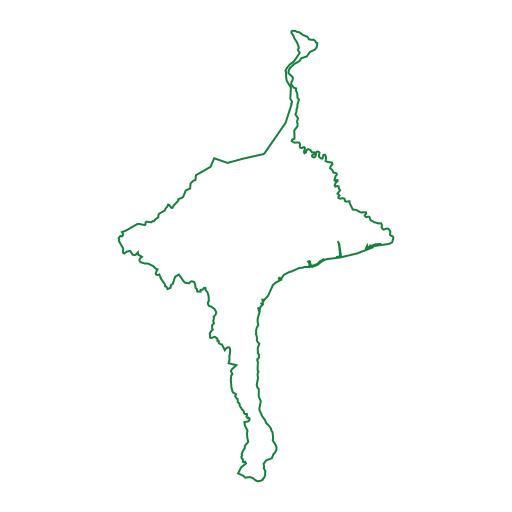 outline of Barú, Chiriquí, Panama
{"feature_id": "35544464B97118695767804", "entity_name": "Barú", "entity_type": "district", "adm_level": 2, "iso_a3": "PAN", "parent_name": "Panama", "parent_adm1": "Chiriquí", "projection": "albers", "projection_center": [-82.857, 8.312], "detail": "fine", "context": "isolated", "style": "outline", "palette": "green", "viewbox_px": 512, "rotation_deg": 0, "n_neighbors": 0, "source": "geoboundaries", "source_scale": "gbopen_adm2", "svg_char_len": 6076}
<svg xmlns="http://www.w3.org/2000/svg" viewBox="0 0 512 512"><path d="M292.4,30.7L291.5,31.4L291.5,33.1L293.5,35.9L294.3,38.1L297.2,42.8L298.9,47.9L297.9,49.9L299.7,52.9L293.9,61.5L289.9,64.4L287.0,67.8L285.4,70.7L286.0,71.7L286.2,77.7L286.8,80.9L290.9,87.6L290.3,98.8L292.1,101.7L291.2,103.7L291.6,104.1L285.6,122.8L264.5,153.3L263.5,154.1L243.0,158.7L227.6,162.9L214.2,158.3L210.6,166.8L196.0,175.2L195.4,180.1L193.5,180.6L190.6,183.4L190.1,188.5L185.7,190.5L183.2,196.8L181.6,198.0L178.3,199.1L178.3,200.6L173.5,205.8L172.4,207.9L171.3,207.8L169.2,204.9L168.1,204.6L167.4,206.6L165.6,208.5L164.7,210.5L159.2,213.7L158.4,215.2L158.3,217.4L155.4,219.3L154.0,221.2L152.6,221.1L151.3,222.3L146.4,221.6L145.5,222.6L145.4,224.6L144.8,225.1L139.0,223.9L137.2,224.1L126.0,230.6L121.9,232.1L122.9,233.7L122.8,235.5L121.9,236.4L120.4,235.9L118.6,238.1L119.2,239.5L118.9,241.0L123.2,248.5L123.0,252.3L123.4,253.1L124.1,253.5L127.0,251.5L130.2,251.0L132.6,254.6L134.5,255.2L135.8,254.7L137.9,252.4L138.1,254.6L141.9,256.8L140.1,258.3L139.5,259.7L139.6,260.9L140.4,262.1L145.1,263.6L146.8,263.4L148.8,263.9L153.3,266.2L155.8,268.6L157.5,269.3L155.8,272.8L156.1,274.5L157.2,275.1L159.3,274.5L161.2,279.1L164.8,284.1L165.1,286.3L166.4,286.7L167.5,289.0L170.6,287.8L170.9,285.3L172.9,283.8L175.0,276.9L178.9,274.5L183.6,281.3L185.3,282.8L189.1,283.3L190.3,281.8L191.7,281.3L194.2,281.9L195.4,285.5L195.4,287.8L196.9,289.2L197.3,291.6L200.6,291.6L200.6,289.9L202.5,289.7L204.2,287.9L205.4,287.9L205.6,290.1L207.4,292.1L208.6,296.1L208.8,301.1L207.9,302.5L208.2,304.8L209.2,306.1L211.0,306.5L214.4,308.9L216.3,312.2L215.6,314.7L213.6,316.8L214.0,318.3L213.2,320.9L214.0,323.2L212.1,325.3L212.1,328.2L212.8,329.6L210.7,331.6L209.8,333.4L210.0,337.4L211.0,338.1L214.7,336.8L217.2,338.4L217.5,340.8L218.1,340.4L218.8,341.2L218.8,343.0L220.3,344.1L222.0,344.5L224.8,350.2L226.2,348.2L227.9,347.3L229.0,347.3L229.8,348.4L230.2,350.7L229.8,354.5L229.3,355.6L229.5,359.7L228.7,363.2L236.4,365.2L231.9,369.3L230.9,371.2L232.4,374.0L231.2,375.6L230.8,379.8L231.5,387.6L232.3,390.9L232.9,392.4L236.0,394.1L235.2,396.4L236.9,398.7L237.6,399.0L237.8,402.0L239.5,403.6L239.6,405.6L242.4,409.9L243.4,410.5L244.3,413.5L244.9,414.0L246.9,414.0L247.1,414.7L246.4,416.6L247.8,418.2L248.6,417.7L249.6,418.8L249.2,420.5L248.4,421.4L244.4,422.1L244.8,425.2L247.5,430.7L247.0,433.2L247.3,437.6L248.2,441.9L244.9,445.8L244.7,448.2L242.7,451.4L241.6,454.3L242.1,455.4L241.4,456.6L241.6,458.2L242.9,459.4L242.9,461.7L243.6,462.2L245.2,461.7L246.0,463.5L241.2,467.2L238.1,473.3L243.4,475.9L245.2,477.6L250.1,477.1L252.8,478.1L255.7,480.4L257.7,481.3L260.9,480.7L262.9,479.6L263.0,478.7L264.2,477.6L265.1,475.0L265.3,471.1L263.7,468.1L264.2,466.9L263.6,463.8L266.3,460.3L271.8,458.2L273.5,454.1L274.8,452.9L276.3,450.2L276.6,447.8L275.8,445.2L272.8,440.5L273.1,437.7L272.5,432.1L271.5,430.9L270.9,428.5L268.9,425.6L266.5,423.5L264.7,419.6L262.4,416.6L259.6,410.4L259.3,408.8L260.8,401.2L258.8,396.8L258.8,389.1L257.4,387.4L256.7,384.8L258.0,378.2L257.5,374.2L258.4,371.5L257.9,371.4L257.6,369.0L257.9,362.2L257.2,360.1L257.5,359.0L258.1,358.9L259.0,357.4L259.1,354.8L258.0,353.5L257.7,348.6L259.3,343.6L257.7,342.1L256.9,340.6L256.9,337.1L255.9,333.9L256.3,333.4L256.0,331.0L256.7,327.9L258.3,325.0L257.6,321.7L257.7,318.5L259.7,311.3L259.0,310.8L258.5,308.4L257.3,308.2L258.7,308.2L259.1,310.2L259.6,310.3L260.4,306.9L262.4,305.0L261.4,303.6L261.9,303.4L262.5,304.5L262.9,304.3L262.7,302.0L263.2,300.3L262.6,299.6L261.4,299.7L262.8,299.6L263.4,300.2L263.5,301.4L264.4,299.7L268.0,295.9L272.9,285.1L276.1,282.4L280.7,280.0L279.8,279.6L279.1,279.0L278.8,278.4L279.4,277.9L279.3,277.0L279.6,277.7L279.1,278.8L280.6,279.7L283.9,274.8L288.9,272.2L291.2,271.6L299.2,268.0L302.9,267.7L304.3,266.9L309.3,267.1L309.4,263.3L308.0,261.6L308.3,261.4L309.4,261.1L310.0,261.6L310.6,265.3L313.2,265.6L317.8,263.7L319.9,261.3L323.3,259.6L324.0,258.6L323.6,259.7L321.2,261.0L316.9,264.7L313.4,265.8L310.7,265.6L309.8,266.5L312.2,266.9L317.2,265.0L322.6,260.9L326.7,259.1L338.5,257.7L337.6,256.8L339.8,256.4L340.1,255.1L338.9,243.5L337.7,241.2L339.2,243.7L340.9,255.6L340.1,257.0L340.8,257.3L357.0,253.5L372.3,247.6L373.9,246.2L370.2,247.7L367.2,247.8L365.7,249.2L367.1,245.9L367.4,247.2L367.9,247.4L369.4,246.9L370.2,245.5L371.3,246.0L375.2,244.3L379.7,244.0L379.3,244.5L375.3,245.1L375.3,245.9L389.2,243.9L392.2,242.3L393.4,237.9L392.8,236.5L390.1,235.1L390.3,231.5L388.6,228.9L387.2,228.5L383.4,229.6L382.2,228.5L381.6,227.4L381.9,225.0L381.1,223.3L378.2,223.4L374.0,222.1L370.6,220.1L369.4,217.0L368.2,216.6L366.3,217.2L365.6,216.8L364.7,215.6L366.2,213.3L366.0,212.3L360.6,212.4L356.3,210.0L352.8,209.5L349.7,203.2L349.5,201.3L345.7,201.6L344.9,201.0L344.7,199.2L344.1,198.5L342.4,198.2L340.3,198.7L338.5,198.1L338.3,197.0L339.5,195.3L337.5,193.6L340.1,190.3L338.8,188.6L338.7,186.5L337.4,186.0L335.4,186.6L334.6,185.4L335.9,182.5L337.7,181.0L337.5,180.1L335.0,180.7L334.4,180.2L335.5,176.2L336.6,175.0L336.8,173.9L335.8,172.9L333.5,172.7L332.2,169.9L330.1,168.2L330.6,166.3L332.4,164.3L332.0,162.6L327.5,161.9L325.6,161.1L326.1,157.4L325.1,154.8L323.5,154.9L322.4,158.6L320.9,158.4L318.9,156.7L319.5,152.7L318.5,151.7L317.6,151.5L316.7,151.9L316.0,153.1L315.5,156.5L314.4,157.4L313.3,157.3L312.2,156.5L312.0,155.7L312.6,154.8L314.5,154.2L314.9,153.1L314.5,152.3L311.9,152.3L310.3,149.9L308.3,149.1L306.8,149.9L305.9,152.3L304.5,153.2L303.9,152.0L304.9,148.6L304.7,147.5L303.7,147.1L301.7,148.1L300.2,147.7L299.8,146.5L299.9,144.1L299.1,142.5L294.2,142.6L291.6,140.9L292.2,139.6L294.5,138.7L294.3,130.4L297.5,126.3L297.6,123.9L297.0,121.6L298.0,118.4L295.5,114.6L296.5,111.4L296.5,109.1L297.3,107.8L297.5,104.4L298.9,99.7L297.4,97.5L297.3,93.8L295.9,90.3L296.1,88.4L293.9,87.7L291.2,84.6L291.4,82.3L292.5,80.1L292.9,78.0L292.4,76.8L288.5,73.2L288.7,70.3L289.9,68.2L294.0,64.2L299.4,61.1L301.4,58.2L306.7,56.5L309.9,52.0L315.0,49.6L316.7,47.2L317.3,43.1L315.8,42.4L315.2,40.9L313.3,39.6L312.3,39.9L309.1,39.4L307.4,36.8L302.9,34.9L299.4,32.3L296.6,31.8L295.3,31.0L292.4,30.7Z" fill="none" stroke="#15803d" stroke-width="2"/></svg>